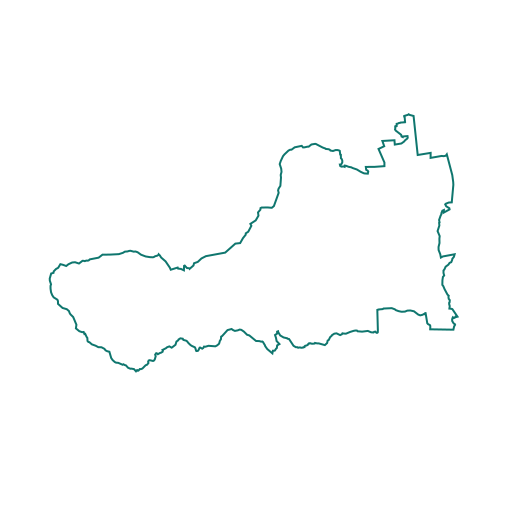 Astileu, Bihor, Romania (Equal Earth projection), rotated 79°
{"feature_id": "2599482B38905853959599", "entity_name": "Astileu", "entity_type": "district", "adm_level": 2, "iso_a3": "ROU", "parent_name": "Romania", "parent_adm1": "Bihor", "projection": "equal_earth", "projection_center": [22.385, 46.984], "detail": "fine", "context": "isolated", "style": "outline", "palette": "teal", "viewbox_px": 512, "rotation_deg": 79, "n_neighbors": 0, "source": "geoboundaries", "source_scale": "gbopen_adm2", "svg_char_len": 6046}
<svg xmlns="http://www.w3.org/2000/svg" viewBox="0 0 512 512"><g transform="rotate(79 256 256)"><path d="M244.7,462.6L246.1,463.4L248.8,463.9L252.5,464.1L255.6,463.5L258.0,462.5L261.0,459.3L262.5,459.0L265.2,459.5L270.1,455.8L272.1,451.9L274.4,450.1L276.4,449.8L277.8,449.3L281.0,447.1L289.2,445.4L292.7,446.6L296.1,443.8L297.6,441.2L297.7,439.7L299.9,439.3L299.8,438.5L302.9,437.8L304.2,437.2L307.2,437.6L307.9,437.3L308.5,436.8L308.8,436.0L311.4,434.0L313.5,430.5L315.4,428.2L316.1,425.1L318.2,422.5L319.9,421.7L321.1,420.2L322.0,418.2L328.5,417.6L330.8,416.6L333.2,414.8L334.0,413.7L334.6,411.6L337.3,407.7L337.0,406.8L338.0,405.7L338.5,404.6L341.3,402.9L342.7,400.8L342.7,400.1L343.7,397.4L346.2,395.9L345.6,395.4L345.3,394.4L345.6,394.1L346.0,394.3L346.1,393.3L344.8,391.6L345.1,390.6L344.8,389.0L342.2,385.2L341.9,383.6L340.5,382.0L339.3,382.1L338.1,381.3L338.0,380.2L339.4,377.1L339.1,376.0L338.2,375.1L335.3,373.6L333.6,373.8L332.4,372.6L332.5,372.0L333.7,371.1L332.9,368.9L332.8,367.7L332.2,366.0L331.0,365.4L330.4,365.7L329.3,361.9L328.6,360.7L328.2,358.3L329.9,356.3L329.8,356.0L327.8,352.0L324.8,350.4L323.9,348.4L323.2,348.0L322.4,346.0L323.2,343.7L324.5,343.3L325.8,340.7L326.5,340.0L328.6,338.9L330.9,337.3L331.9,336.3L334.0,333.4L335.1,333.1L337.4,332.9L337.9,332.7L338.0,331.9L338.0,331.1L337.4,330.4L335.2,328.8L335.2,328.3L336.7,326.5L336.2,325.3L335.0,324.3L335.4,323.1L335.1,319.7L336.9,313.2L336.5,311.6L335.3,309.3L334.4,308.6L332.6,307.8L331.0,306.3L328.5,305.6L328.1,304.5L323.3,298.1L323.0,293.9L324.3,292.7L325.5,291.0L325.5,288.1L325.1,286.0L325.7,284.5L327.9,282.3L331.6,279.8L332.7,277.7L339.4,272.2L340.2,268.9L341.1,267.2L341.1,266.2L341.7,265.6L345.5,264.2L346.2,264.2L349.5,262.7L354.7,258.5L352.2,257.5L352.5,255.8L352.4,255.5L350.8,254.0L350.3,253.1L347.8,252.3L346.9,249.8L343.4,252.0L340.1,252.0L337.2,252.4L336.2,250.1L334.3,249.7L334.1,248.7L335.0,248.7L338.6,247.4L341.2,244.5L342.7,241.1L343.2,240.9L343.8,239.4L351.3,236.3L353.1,234.3L353.5,232.6L354.1,232.2L354.1,230.3L354.7,229.2L354.9,227.3L354.6,227.0L354.7,225.8L354.0,225.6L353.5,224.8L353.5,223.5L353.1,222.1L352.6,221.8L351.9,220.9L352.2,220.1L351.9,219.8L352.0,219.3L352.8,217.9L353.1,215.7L353.1,215.1L352.6,214.7L353.4,212.8L353.8,211.0L356.6,205.4L355.0,202.8L352.7,201.8L352.3,200.6L349.8,198.7L348.8,197.0L348.2,196.5L347.2,194.0L347.2,193.3L347.3,191.7L349.7,188.5L349.2,186.6L348.4,185.9L349.0,184.4L349.4,182.4L348.5,178.1L348.1,174.4L348.1,172.7L348.4,171.2L349.3,170.6L350.5,166.3L350.9,160.5L352.9,157.5L353.5,155.2L353.0,154.6L353.0,153.3L354.0,152.7L354.5,152.1L354.5,151.5L354.1,151.0L351.9,150.5L332.1,147.2L332.0,145.7L331.9,145.7L332.3,141.7L331.9,140.9L333.1,132.7L334.8,129.9L335.8,129.1L337.3,126.6L338.5,123.8L339.0,120.4L338.5,117.9L338.9,115.0L340.4,111.5L344.5,107.9L345.6,106.1L345.5,103.8L345.0,102.3L345.5,101.3L343.6,100.4L354.7,100.7L355.7,100.1L357.0,98.5L357.4,98.3L358.8,98.4L361.2,99.0L366.0,76.3L363.0,75.0L361.5,73.7L360.7,73.9L360.5,74.3L359.5,75.0L357.3,75.8L355.7,75.6L354.5,75.0L353.7,74.4L354.3,73.9L354.7,74.0L354.5,72.7L353.7,71.9L354.1,71.5L354.0,69.8L345.6,73.4L345.0,74.6L344.5,76.2L342.2,75.4L341.1,75.4L340.8,75.6L338.9,75.4L338.4,74.8L336.3,74.2L334.8,75.0L332.8,74.9L331.8,74.4L330.4,75.4L324.6,77.2L321.3,77.9L319.9,78.6L315.3,77.6L312.2,76.5L311.0,75.0L308.5,75.2L306.0,74.7L305.1,73.6L302.7,71.9L301.2,68.8L299.7,67.3L299.3,65.5L297.3,64.2L296.2,63.8L294.6,61.9L292.2,60.7L292.1,72.6L292.8,74.8L289.4,74.8L285.0,75.6L282.0,75.1L278.3,73.4L274.1,72.7L271.5,71.9L266.2,73.0L261.1,70.2L258.3,69.9L258.0,69.4L255.6,69.4L251.5,67.0L250.6,66.2L249.1,65.7L247.1,64.4L246.7,62.8L249.2,63.4L247.2,57.1L246.0,57.1L243.5,59.8L241.4,60.4L240.9,59.7L240.3,56.6L240.7,53.6L223.8,48.7L221.0,48.3L214.0,47.9L192.6,49.3L193.8,50.6L193.8,52.8L193.2,54.7L193.0,65.9L188.1,64.9L187.7,78.0L148.6,74.6L146.8,78.3L146.0,79.1L146.4,79.9L146.8,83.8L147.3,83.9L147.4,83.5L152.9,84.1L152.9,84.6L153.1,84.6L152.6,88.7L152.8,89.1L152.7,90.3L153.1,91.6L153.1,92.7L155.2,93.1L155.1,94.4L155.9,94.8L156.4,94.6L158.4,95.4L159.7,94.8L164.7,90.4L166.5,90.3L167.3,89.2L166.7,88.9L167.2,84.4L168.9,84.5L169.7,85.3L170.8,87.5L171.9,88.8L173.3,91.8L173.1,98.5L168.8,98.0L167.2,110.0L172.7,109.2L174.3,115.3L188.7,112.1L192.3,112.8L191.1,122.8L189.5,131.2L192.4,131.4L193.5,130.1L194.5,129.7L196.5,130.5L195.7,133.6L195.3,134.5L193.3,137.2L190.3,140.5L188.0,144.5L187.2,145.4L186.1,148.1L184.6,150.5L184.2,151.6L185.4,152.0L184.8,153.0L184.6,155.0L183.9,156.0L183.3,155.8L182.9,156.2L182.3,156.2L182.5,155.4L182.0,154.6L180.7,153.5L179.1,153.1L177.3,153.3L176.2,154.0L172.8,153.4L172.5,154.0L168.8,153.7L168.2,154.4L167.6,155.7L167.2,157.6L167.6,160.4L166.7,162.8L165.9,163.2L165.1,164.2L164.2,167.1L163.8,167.3L162.2,169.9L157.5,175.8L157.2,176.5L157.1,180.3L158.7,183.4L158.5,184.6L158.6,187.7L158.4,189.1L156.6,190.1L156.7,197.3L158.4,200.8L158.2,202.2L158.7,204.0L161.7,208.7L163.1,210.4L167.5,213.6L170.3,215.2L175.1,214.6L178.3,214.9L181.2,216.3L183.8,216.5L191.8,218.7L194.1,220.9L195.8,221.8L198.3,221.7L210.4,228.9L211.7,231.3L210.6,235.2L209.5,241.2L209.8,242.4L211.4,242.9L213.6,245.7L216.9,245.9L221.0,249.5L223.4,255.4L225.5,254.8L230.7,259.0L231.8,261.7L233.2,262.1L235.9,265.3L240.3,269.1L239.9,273.9L246.8,285.6L246.6,305.2L248.0,310.0L250.7,314.3L251.3,318.2L253.4,319.2L255.8,323.4L255.5,323.4L254.6,326.1L251.8,327.8L252.0,328.5L256.3,329.5L254.4,332.1L253.5,334.9L252.4,335.1L253.2,342.3L251.0,342.8L244.0,345.8L239.4,349.4L237.1,350.3L235.8,351.2L236.2,351.4L236.8,352.7L237.0,355.1L237.5,356.4L237.6,357.4L236.9,360.3L235.4,364.4L232.8,368.6L229.7,371.5L228.6,373.4L228.4,375.2L226.9,378.3L226.8,379.5L227.0,381.3L226.7,383.9L227.5,386.0L228.0,390.3L226.7,399.5L225.4,406.4L227.6,410.8L227.6,419.8L228.3,420.9L228.5,421.9L228.1,423.5L228.4,425.0L227.9,426.0L227.6,427.2L229.6,431.2L227.6,434.8L227.3,437.7L228.3,441.7L229.6,444.2L227.7,447.4L226.7,449.6L229.8,452.4L230.6,454.8L232.5,457.5L233.9,458.0L234.1,460.4L238.8,462.8L240.9,463.1L244.7,462.6Z" fill="none" stroke="#0f766e" stroke-width="2"/></g></svg>